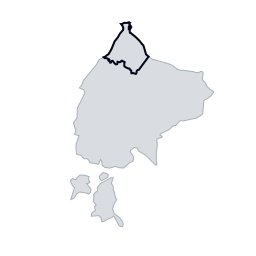 Ida-Viru highlighted on a map of Estonia, rotated 296°
{"feature_id": "EST-1655", "entity_name": "Ida-Viru", "entity_type": "County", "adm_level": 1, "iso_a3": "EST", "parent_name": "Estonia", "parent_adm1": "", "projection": "mercator", "projection_center": [27.147, 59.161], "detail": "fine", "context": "in_parent", "style": "outline", "palette": "ink", "viewbox_px": 256, "rotation_deg": 296, "n_neighbors": 0, "source": "natural_earth", "source_scale": "10m", "svg_char_len": 3908}
<svg xmlns="http://www.w3.org/2000/svg" viewBox="0 0 256 256"><g transform="rotate(296 128 128)"><path d="M198.3,189.0L197.6,189.2L193.3,188.4L188.7,186.2L186.7,184.5L184.7,184.5L182.3,185.6L173.6,188.9L171.5,188.1L166.5,184.9L164.0,181.4L158.5,174.5L158.0,172.9L157.3,171.5L151.3,169.8L149.1,167.2L147.3,166.9L144.6,165.6L137.6,160.1L135.9,159.6L135.5,160.5L135.6,161.8L135.2,162.6L134.3,162.5L132.7,160.5L130.7,158.7L124.7,162.1L122.5,163.0L120.6,163.2L111.1,167.6L108.2,169.9L106.9,169.7L107.2,167.5L111.2,156.3L111.9,147.4L113.4,146.2L113.8,144.9L113.2,142.1L109.0,140.2L107.4,140.5L105.9,143.6L104.3,145.8L100.7,147.1L97.6,144.8L90.2,141.7L88.4,137.5L87.9,133.4L84.0,129.3L82.4,124.5L83.1,121.2L86.6,119.0L87.6,117.0L83.2,117.3L82.2,116.9L82.1,115.1L80.1,109.2L81.8,106.9L82.6,104.7L81.2,102.7L81.5,100.5L82.7,98.3L82.0,93.1L86.4,90.4L90.7,88.4L99.7,87.4L98.8,82.7L102.5,82.5L108.7,76.7L114.8,77.7L123.7,73.8L140.8,73.9L143.1,71.6L142.7,69.3L142.7,66.8L146.0,67.5L151.3,67.1L171.4,71.9L176.4,71.9L183.2,76.8L186.9,78.0L197.8,78.1L214.6,80.2L217.9,76.9L218.2,76.0L219.9,77.9L221.9,80.9L222.4,82.6L221.7,83.6L219.7,84.4L219.3,85.3L218.4,86.9L216.0,87.1L214.8,88.3L213.3,93.3L210.6,101.6L206.5,107.8L203.2,111.3L201.7,113.9L200.8,117.0L200.6,120.2L203.7,137.4L203.7,140.5L203.0,143.7L202.4,146.9L202.9,149.7L204.9,154.5L207.1,161.5L208.0,166.1L209.5,167.7L210.9,168.9L211.2,169.7L211.1,170.5L210.4,171.4L204.1,173.7L203.2,175.7L202.5,177.9L199.8,181.2L198.9,184.3L198.4,187.8L198.3,189.0ZM55.5,126.7L57.7,128.1L59.6,127.6L61.6,126.6L66.0,127.6L75.9,134.6L76.8,136.5L70.9,137.4L69.6,139.5L68.1,141.0L66.5,141.5L63.6,144.5L59.7,147.4L58.9,149.2L51.9,148.8L48.1,149.9L45.0,153.2L43.8,159.4L41.5,164.2L39.2,166.0L36.8,166.2L36.2,164.4L36.5,162.6L41.5,155.8L42.6,153.5L40.0,152.5L37.9,150.2L33.3,147.3L32.5,145.1L33.6,144.9L34.6,144.3L35.8,142.4L36.4,140.2L32.7,133.8L34.6,132.9L37.0,133.1L39.4,134.9L42.0,132.8L43.1,132.4L44.9,133.2L46.8,129.0L51.2,127.6L53.4,126.3L55.5,126.7ZM64.8,114.7L62.3,117.6L60.8,116.4L60.0,115.1L56.8,121.6L53.3,122.7L51.2,121.4L51.3,119.0L49.3,112.6L46.2,110.7L41.8,110.5L38.6,107.9L50.9,106.1L52.1,103.1L54.6,99.8L56.5,99.5L58.1,100.2L58.4,102.7L58.8,103.7L64.3,105.1L66.5,109.3L67.3,114.3L64.8,114.7ZM77.4,130.8L74.9,131.4L69.0,127.3L70.3,124.5L72.0,123.4L77.1,125.1L77.8,129.3L77.4,130.8Z" fill="#d9dde1" stroke="#a8b0b8" stroke-width="1"/><path d="M218.4,76.2L219.0,77.3L220.4,78.0L221.0,78.7L221.7,80.5L222.0,81.0L222.4,81.4L223.2,82.1L223.5,82.5L223.4,83.6L222.6,83.2L221.3,84.3L218.8,84.5L217.9,85.0L220.1,85.8L220.8,85.8L220.2,86.7L216.7,86.6L215.0,87.5L214.3,88.4L214.6,89.4L214.1,90.7L213.1,95.1L211.4,100.1L210.8,101.3L209.6,103.8L209.2,105.1L208.7,105.9L208.6,106.0L206.0,108.4L202.1,111.9L201.2,115.2L186.5,112.5L186.3,112.5L185.4,112.4L185.2,112.3L185.0,112.1L184.6,111.5L183.8,111.0L183.1,110.9L182.8,110.9L182.4,111.0L181.6,111.4L180.9,111.4L180.7,111.4L180.5,111.6L180.2,111.5L180.0,111.2L179.9,110.3L179.8,109.1L179.6,108.8L179.6,108.5L179.5,108.2L178.7,107.2L179.8,106.3L180.8,106.0L181.0,105.7L181.1,105.1L181.2,104.7L181.3,104.2L181.8,103.7L182.0,103.4L182.0,103.1L181.6,102.2L181.6,98.9L181.7,98.0L181.9,97.7L184.0,96.5L185.6,96.2L185.8,96.1L185.9,95.8L185.9,95.5L185.8,95.3L185.6,94.9L185.9,93.2L185.7,92.8L185.4,92.6L184.5,92.5L184.1,92.3L183.5,91.7L183.3,91.2L183.0,89.6L180.9,90.3L180.7,90.2L180.3,89.9L179.9,89.3L180.1,87.9L181.4,85.3L181.6,84.6L181.5,84.3L181.3,84.1L180.0,83.9L179.8,84.0L179.4,84.0L179.2,83.9L179.0,83.5L178.9,83.4L179.0,83.2L179.5,82.8L180.0,82.3L179.9,81.1L180.0,80.9L180.2,80.6L180.4,80.5L180.6,80.5L180.8,80.6L181.3,81.1L181.5,80.8L181.4,79.4L181.4,78.7L181.2,78.1L180.8,76.9L180.7,76.6L180.6,76.3L180.8,75.9L181.0,75.1L182.5,76.5L184.0,77.0L185.2,77.8L185.8,78.1L191.2,78.6L196.0,78.3L200.0,78.0L204.7,79.1L209.3,79.4L214.0,80.6L215.3,80.2L216.5,79.4L217.4,78.3L218.4,76.2Z" fill="none" stroke="#020617" stroke-width="2"/></g></svg>